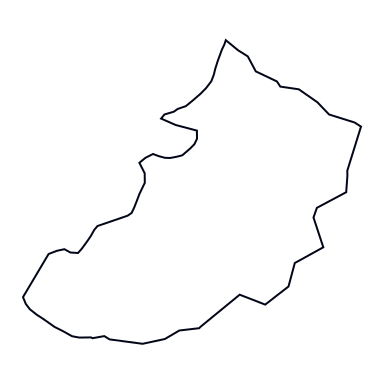 outline of Ika, Akwa Ibom, Nigeria
{"feature_id": "59680162B87230656090923", "entity_name": "Ika", "entity_type": "district", "adm_level": 2, "iso_a3": "NGA", "parent_name": "Nigeria", "parent_adm1": "Akwa Ibom", "projection": "mercator", "projection_center": [7.523, 5.022], "detail": "fine", "context": "isolated", "style": "outline", "palette": "ink", "viewbox_px": 384, "rotation_deg": 0, "n_neighbors": 0, "source": "geoboundaries", "source_scale": "gbopen_adm2", "svg_char_len": 1190}
<svg xmlns="http://www.w3.org/2000/svg" viewBox="0 0 384 384"><path d="M225.8,40.2L224.4,44.4L221.8,49.9L217.8,60.8L215.2,69.0L213.9,74.5L211.3,81.3L206.0,88.2L200.6,93.7L192.6,100.6L185.9,106.1L177.8,108.9L173.8,111.7L164.4,114.5L161.1,118.6L175.7,125.0L196.9,130.6L197.0,138.8L194.4,144.2L190.3,148.4L182.3,155.3L176.9,156.7L170.1,158.0L164.9,157.8L158.9,156.2L153.0,154.0L145.5,157.8L142.5,160.2L139.4,162.8L144.7,173.3L144.8,182.8L139.5,193.8L136.9,200.7L134.2,207.5L132.6,210.9L131.6,213.0L127.9,215.5L127.6,215.7L97.5,226.0L94.3,229.8L91.0,235.7L87.7,240.6L81.8,248.7L78.0,253.0L70.4,252.5L64.4,249.2L56.9,250.8L48.6,254.0L23.0,297.1L25.8,303.9L26.0,304.2L29.9,309.3L36.7,314.7L40.3,317.0L44.9,320.1L54.4,326.8L54.5,326.9L62.5,330.9L72.0,336.2L78.8,337.5L84.2,337.5L91.0,337.4L92.5,338.2L104.3,336.1L109.6,339.4L142.6,343.8L164.9,339.0L179.3,330.5L199.2,328.2L200.5,326.8L239.3,295.0L239.7,294.7L265.2,304.6L288.5,286.5L294.8,263.0L323.3,247.3L313.5,217.5L316.9,207.8L346.2,192.2L347.4,175.7L347.3,170.7L361.0,126.6L354.6,122.5L329.1,114.5L317.3,102.2L298.8,89.3L280.3,86.6L277.0,81.5L255.8,71.4L247.8,56.4L238.1,50.3L225.8,40.2Z" fill="none" stroke="#020617" stroke-width="2"/></svg>